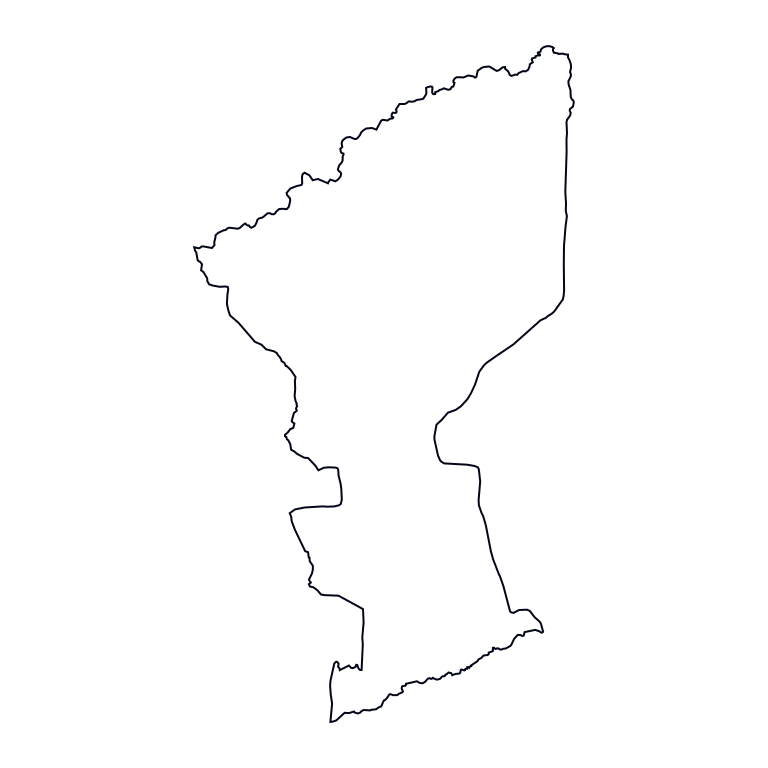 the district of Ruangwa, Lindi, United Republic of Tanzania
{"feature_id": "72390352B35310074637090", "entity_name": "Ruangwa", "entity_type": "district", "adm_level": 2, "iso_a3": "TZA", "parent_name": "United Republic of Tanzania", "parent_adm1": "Lindi", "projection": "albers", "projection_center": [38.983, -10.09], "detail": "fine", "context": "isolated", "style": "outline", "palette": "ink", "viewbox_px": 768, "rotation_deg": 0, "n_neighbors": 0, "source": "geoboundaries", "source_scale": "gbopen_adm2", "svg_char_len": 6034}
<svg xmlns="http://www.w3.org/2000/svg" viewBox="0 0 768 768"><path d="M194.2,247.3L195.1,250.6L196.3,252.6L197.6,260.0L198.6,261.2L200.0,261.7L202.0,264.3L201.1,270.3L203.4,272.0L207.2,278.3L207.3,281.1L209.2,284.4L213.0,285.6L219.6,286.8L225.1,286.5L227.7,286.9L228.1,288.2L228.1,290.9L227.5,293.6L226.9,303.9L228.4,310.6L230.0,315.4L238.5,322.8L254.9,341.8L261.5,344.7L266.1,349.3L274.0,351.3L277.1,353.3L277.5,354.6L279.8,357.1L281.1,359.4L281.6,361.1L284.3,362.8L285.8,366.0L286.6,366.0L290.7,369.9L295.5,377.0L294.9,380.9L295.2,389.2L294.6,396.1L295.6,401.2L296.8,403.7L296.5,404.4L297.1,406.0L296.0,408.4L296.8,410.7L293.9,413.0L292.0,419.9L291.7,421.1L292.5,422.2L294.4,423.5L293.3,427.9L290.3,429.1L287.7,432.5L285.0,434.8L285.0,436.3L286.3,437.0L286.9,439.2L288.3,440.3L290.3,444.2L291.1,449.7L294.5,451.6L296.9,453.8L304.2,457.7L308.1,458.0L315.4,465.7L318.4,470.3L323.9,467.7L329.1,467.3L335.7,467.6L337.5,468.3L338.2,469.7L338.6,475.7L340.6,483.6L341.3,488.8L341.8,499.7L340.8,503.9L339.0,505.3L334.4,506.4L327.6,506.7L322.4,506.4L304.6,507.5L295.1,509.4L289.7,513.2L291.2,516.7L291.7,521.2L294.9,529.7L305.2,551.2L308.1,552.2L308.7,557.4L309.5,557.6L309.8,561.3L312.8,565.7L312.9,569.2L312.0,573.4L308.9,579.7L310.8,582.6L308.9,584.1L309.9,586.5L313.4,587.3L317.3,590.2L321.0,594.5L324.3,595.1L338.5,595.7L363.0,609.1L363.6,622.4L362.3,637.4L362.8,644.4L361.6,670.0L359.9,669.9L358.5,668.4L357.3,665.0L356.2,664.8L355.6,666.9L352.9,668.1L351.2,667.9L348.9,665.5L339.8,670.1L339.6,668.5L338.1,666.8L338.6,663.7L337.3,662.0L336.1,661.7L334.3,663.5L330.5,680.6L330.1,685.3L330.7,694.2L332.1,703.6L330.4,721.9L333.3,721.5L336.3,720.4L344.6,712.8L349.1,713.1L354.0,711.5L354.6,712.5L357.9,713.5L360.2,712.6L361.1,711.5L363.5,710.0L370.1,710.4L371.0,709.8L376.0,709.3L378.6,707.4L381.2,706.4L383.8,700.5L384.7,700.3L386.8,698.3L389.2,694.6L390.2,694.1L393.2,695.2L397.3,695.1L398.7,693.9L402.5,692.2L402.9,691.1L401.7,688.9L401.8,687.3L402.3,686.2L405.3,685.7L405.9,685.2L406.0,683.8L416.9,681.3L419.6,682.9L422.5,683.3L425.0,681.9L427.9,678.6L429.8,678.2L430.7,678.8L431.7,678.8L432.7,677.8L435.3,679.2L437.5,679.6L440.1,678.8L442.2,676.4L444.6,676.1L445.6,674.5L446.6,674.3L448.5,672.5L451.3,673.2L452.3,675.2L455.6,673.9L458.8,673.7L460.2,672.9L460.8,669.9L461.7,669.5L464.3,670.4L465.0,670.2L465.0,669.3L465.6,668.8L467.1,668.8L467.2,667.1L468.2,667.1L469.1,667.9L469.8,666.6L471.2,666.2L471.0,665.5L477.3,661.3L478.7,659.3L481.2,658.0L483.6,655.5L487.7,655.0L488.7,654.2L488.7,652.6L492.8,651.2L492.9,647.8L494.0,647.7L494.7,648.6L495.8,649.0L496.8,648.4L498.4,648.4L499.8,649.4L501.6,649.6L503.1,648.8L505.7,648.5L510.1,646.1L511.3,644.8L514.1,638.9L517.7,634.9L520.8,635.1L522.1,636.0L523.7,635.6L524.6,632.1L535.2,629.9L539.2,631.2L541.0,632.5L542.2,632.6L543.1,631.7L541.0,623.9L539.8,621.8L534.7,617.3L529.8,610.9L527.0,609.7L519.1,610.0L513.5,612.9L511.4,612.4L510.2,611.5L509.7,610.0L503.4,586.1L500.0,576.4L498.9,574.3L493.0,559.0L490.8,550.9L485.9,525.6L483.2,516.2L481.5,512.9L478.9,505.3L478.6,500.1L480.2,481.4L478.8,469.1L477.8,467.3L474.6,466.0L467.3,464.7L444.2,463.4L441.4,461.7L440.0,460.1L438.0,455.5L434.5,439.8L434.4,436.3L436.5,424.6L441.5,420.1L447.9,412.7L455.7,409.9L460.9,406.3L467.4,399.2L471.0,393.2L475.0,384.6L479.3,371.7L483.9,365.4L486.5,362.9L494.5,357.2L513.4,344.4L540.5,320.3L545.9,317.8L547.8,316.1L551.6,313.8L554.2,311.5L562.8,299.5L563.6,296.0L564.1,290.7L563.8,264.6L564.0,245.8L565.5,227.0L566.9,216.1L565.8,211.0L566.0,203.2L565.3,191.9L566.6,152.4L566.5,139.1L567.0,133.2L566.5,122.3L567.0,119.8L569.9,115.9L570.5,114.1L570.7,112.8L569.7,110.6L569.9,109.1L573.0,106.5L573.8,102.5L573.4,100.7L571.7,99.1L570.7,96.6L570.5,90.2L568.6,84.3L568.4,81.3L570.8,76.3L570.9,74.0L570.0,72.1L571.0,68.1L570.9,64.3L569.5,60.2L568.0,57.4L568.0,54.6L565.2,54.4L562.7,53.6L558.4,54.0L557.9,53.3L553.9,52.7L553.0,50.6L552.9,49.2L553.8,48.1L552.8,47.2L549.4,46.1L546.3,46.3L543.2,47.4L540.9,49.6L540.7,51.2L539.9,52.0L538.2,52.3L537.8,52.8L538.3,53.8L539.9,54.4L539.9,55.3L539.2,55.6L538.0,55.2L535.5,56.3L535.5,57.4L532.2,58.4L531.7,59.4L532.8,62.3L529.9,64.2L529.4,67.0L528.1,69.8L525.6,71.4L523.0,71.1L518.6,73.1L517.3,74.8L515.4,74.6L511.5,75.9L509.8,75.0L508.2,71.4L505.1,68.7L505.0,67.0L502.7,67.3L498.8,70.3L496.6,70.9L489.3,66.5L483.8,67.0L481.6,67.9L477.7,70.8L476.4,76.8L475.1,77.6L473.1,76.3L468.2,75.5L463.6,77.4L456.7,77.2L454.5,78.7L453.4,80.7L453.4,82.1L454.5,82.8L453.6,85.9L453.0,86.7L451.7,87.0L450.4,89.2L448.3,89.8L443.7,88.3L442.1,89.3L439.4,90.0L438.4,91.1L435.3,92.1L435.2,94.0L433.8,94.2L432.8,93.8L432.1,92.1L432.5,87.6L432.0,86.7L430.1,86.5L427.7,87.1L426.1,87.9L426.4,93.3L425.8,94.8L423.4,98.5L422.7,99.0L416.6,100.0L414.2,101.4L411.6,101.7L408.7,101.4L406.3,103.3L404.5,104.0L399.5,104.0L395.9,109.5L396.6,111.1L396.3,112.6L395.3,112.9L392.6,112.7L391.6,115.0L391.7,116.4L393.3,117.3L393.1,117.9L392.4,118.5L390.2,118.7L387.5,120.5L382.7,119.8L381.1,120.7L376.4,129.6L372.0,128.0L366.2,128.5L363.0,130.6L360.9,132.8L360.2,134.7L357.7,137.9L356.1,139.0L354.6,139.0L349.9,137.0L346.3,137.5L343.3,139.8L342.2,141.1L341.6,143.4L342.3,146.9L340.3,148.9L340.9,152.0L341.6,153.0L343.4,153.5L343.6,154.5L342.7,156.3L342.6,160.5L341.9,162.2L339.2,165.4L337.9,169.1L338.3,170.5L340.6,172.5L341.2,173.8L340.6,176.3L338.1,179.5L335.4,181.3L330.3,179.6L328.6,181.8L328.0,183.3L317.9,179.0L312.7,180.2L309.4,175.3L304.5,172.7L302.6,174.2L302.0,176.7L302.2,183.3L301.6,184.9L296.6,186.1L290.4,188.5L286.6,192.9L287.0,194.8L290.1,198.6L290.2,201.0L288.8,206.8L286.7,209.2L283.1,208.8L279.2,209.0L276.1,211.7L275.1,213.4L273.6,214.3L271.3,214.1L270.1,213.2L267.5,213.3L263.6,216.7L262.0,217.7L258.8,218.5L257.4,219.8L256.3,223.2L254.7,226.0L251.5,227.7L250.0,227.1L248.8,225.4L247.5,225.4L246.6,224.9L245.4,223.5L243.4,224.6L239.6,228.1L237.6,228.7L229.4,227.7L227.5,228.3L225.5,230.1L223.9,230.2L218.2,232.8L215.5,235.3L215.5,237.2L214.2,242.5L214.5,245.0L212.0,248.0L203.2,246.4L201.6,246.5L199.9,247.9L198.8,248.3L194.2,247.3Z" fill="none" stroke="#020617" stroke-width="2"/></svg>